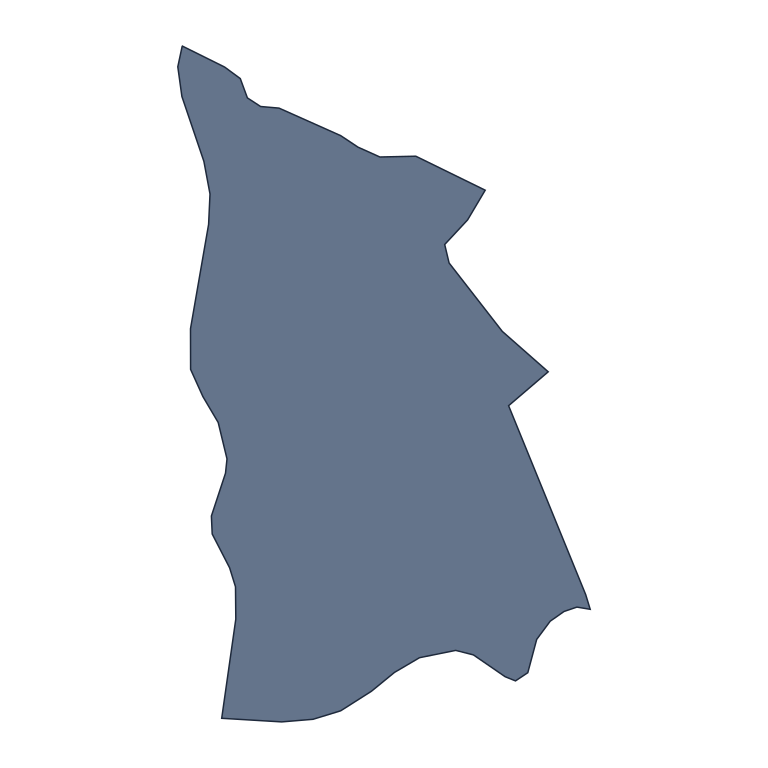 SVG path tracing the border of Kisoro
{"feature_id": "UGA-3376", "entity_name": "Kisoro", "entity_type": "District", "adm_level": 1, "iso_a3": "UGA", "parent_name": "Uganda", "parent_adm1": "", "projection": "robinson", "projection_center": [29.666, -1.19], "detail": "fine", "context": "isolated", "style": "filled", "palette": "slate", "viewbox_px": 768, "rotation_deg": 0, "n_neighbors": 0, "source": "natural_earth", "source_scale": "10m", "svg_char_len": 761}
<svg xmlns="http://www.w3.org/2000/svg" viewBox="0 0 768 768"><path d="M590.2,609.3L576.9,607.1L564.0,611.5L550.2,621.2L536.7,639.4L527.8,672.7L515.5,680.9L505.1,676.7L473.4,654.9L455.7,650.4L419.5,657.7L394.5,672.4L371.5,691.2L340.7,710.8L313.0,719.3L281.7,721.9L221.7,718.3L235.8,619.1L235.5,586.8L229.6,567.8L212.2,534.0L211.4,516.0L225.5,473.2L227.0,458.9L218.2,422.5L202.9,396.6L190.6,369.4L190.5,328.7L208.6,224.4L210.0,194.0L203.9,161.4L181.9,96.5L177.8,66.8L182.1,46.6L182.4,46.1L224.7,67.1L240.3,78.6L247.4,97.9L260.6,106.5L279.0,108.1L340.8,135.7L357.9,147.1L379.9,157.0L415.8,156.2L485.2,190.2L467.6,219.9L444.7,244.5L449.1,263.0L502.3,331.4L548.2,371.8L508.6,405.7L585.7,594.6L590.2,609.3Z" fill="#64748b" stroke="#1e293b" stroke-width="1.5"/></svg>